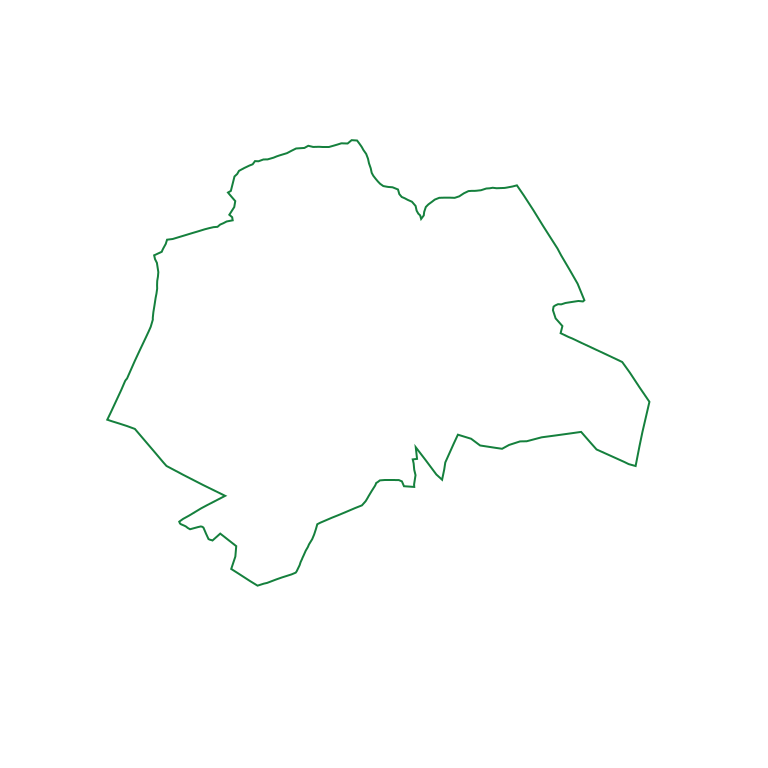 outline of Eldama Ravine, Rift Valley, Kenya, rotated 295°
{"feature_id": "3690345B15109287371985", "entity_name": "Eldama Ravine", "entity_type": "district", "adm_level": 2, "iso_a3": "KEN", "parent_name": "Kenya", "parent_adm1": "Rift Valley", "projection": "mercator", "projection_center": [35.716, -0.006], "detail": "fine", "context": "isolated", "style": "outline", "palette": "green", "viewbox_px": 768, "rotation_deg": 295, "n_neighbors": 0, "source": "geoboundaries", "source_scale": "gbopen_adm2", "svg_char_len": 3586}
<svg xmlns="http://www.w3.org/2000/svg" viewBox="0 0 768 768"><g transform="rotate(295 384 384)"><path d="M172.7,256.6L171.4,258.0L171.1,259.2L171.2,262.5L171.2,263.6L171.1,265.0L170.6,266.9L170.4,269.6L175.8,276.0L177.5,278.2L177.8,279.8L177.5,281.1L173.1,286.0L169.3,290.5L169.3,292.0L169.6,293.6L169.7,294.7L179.2,298.8L174.6,318.6L164.8,322.2L151.8,323.7L150.8,331.4L148.8,345.8L147.8,354.6L152.3,359.5L154.3,362.1L161.3,368.9L165.5,373.2L168.9,376.9L172.4,380.7L175.7,383.7L177.3,384.0L184.2,384.1L187.3,383.7L190.7,383.7L191.9,383.6L194.8,383.6L199.9,383.5L204.1,383.9L206.9,383.8L213.0,384.5L218.0,384.3L223.8,383.6L228.7,382.8L231.4,384.9L235.2,388.3L240.8,393.3L245.9,398.1L252.5,404.1L259.4,410.3L264.7,415.3L270.1,416.9L273.9,417.3L275.5,417.4L281.3,418.0L286.0,418.6L287.3,418.8L288.9,418.9L291.1,418.8L292.2,419.6L294.9,421.0L297.4,425.4L298.7,428.2L301.1,433.4L303.2,438.1L303.3,441.4L299.8,445.3L303.5,454.9L305.7,453.7L314.7,451.1L319.1,447.6L324.6,444.4L327.8,441.9L330.1,445.6L340.1,439.5L332.5,454.1L324.1,469.7L321.8,477.1L332.0,474.7L338.8,472.7L359.6,472.4L369.3,472.4L371.2,486.1L368.9,497.1L373.2,511.8L375.2,518.4L381.6,523.1L389.5,531.6L392.4,537.5L402.3,549.4L410.1,561.6L418.5,574.6L423.9,582.9L418.0,596.2L414.5,604.3L414.7,618.6L414.9,634.9L414.8,639.6L416.0,646.7L435.7,641.8L449.7,638.5L466.3,635.0L480.0,632.1L488.9,617.1L498.2,602.0L504.6,590.6L504.7,575.3L504.7,560.7L504.7,546.0L504.8,535.4L504.6,531.2L504.7,522.6L511.9,521.2L516.0,511.8L522.3,505.9L525.8,505.0L526.9,505.6L527.8,506.2L529.9,508.0L531.1,511.0L534.1,514.2L537.2,518.8L541.4,525.1L542.9,529.4L544.6,530.2L556.7,517.1L566.5,503.2L575.5,490.1L580.1,484.0L585.1,476.1L594.6,461.2L604.6,446.0L614.0,431.0L620.2,420.5L617.3,417.0L614.0,412.4L612.7,410.5L610.8,406.8L609.0,403.3L607.8,399.6L606.0,397.0L604.4,394.1L600.6,390.0L597.8,385.4L595.8,381.3L594.5,379.0L590.6,375.8L585.9,372.9L582.6,369.4L580.6,364.7L578.3,359.8L576.1,355.4L572.6,352.1L569.5,350.5L565.5,348.3L562.1,347.1L556.9,347.7L553.6,348.8L549.3,347.9L552.1,345.5L552.9,343.1L554.9,340.3L558.7,337.4L561.0,332.3L560.9,327.7L561.1,324.3L561.0,321.0L562.6,317.6L566.2,314.5L565.9,308.6L564.4,304.6L564.0,303.2L563.1,299.7L563.8,295.9L565.0,292.8L566.5,289.6L568.2,286.3L570.2,283.6L573.9,280.8L577.7,277.1L581.4,274.3L585.0,270.6L587.4,266.4L589.1,264.1L589.7,263.2L590.9,261.1L591.8,259.5L593.3,256.7L591.3,251.6L586.6,249.4L584.1,243.6L581.5,240.8L578.6,237.5L575.5,233.9L573.1,228.8L571.5,224.8L568.9,219.6L567.9,214.7L564.3,212.1L562.5,208.8L560.3,204.8L556.3,201.6L552.2,198.5L549.7,195.7L547.1,192.8L544.9,190.5L542.5,188.3L538.3,183.5L536.6,179.9L532.8,176.1L531.5,172.9L527.6,172.1L525.1,169.7L520.6,166.0L515.9,162.5L512.3,162.2L508.9,160.8L494.3,163.6L491.6,161.7L490.7,163.5L486.9,171.9L481.1,173.5L472.0,172.3L471.0,175.9L468.4,177.7L464.8,172.7L461.9,170.5L459.2,168.1L456.1,166.7L454.1,163.2L451.3,159.6L448.4,156.1L443.6,150.8L439.9,146.6L435.5,141.7L430.4,136.0L426.1,131.2L423.1,126.4L418.7,127.0L414.5,126.7L412.1,126.6L409.9,126.7L403.5,121.3L400.4,123.7L397.8,127.0L394.8,129.0L390.0,132.2L385.6,133.8L381.6,134.9L377.8,136.5L374.6,138.1L369.7,139.6L365.6,140.6L358.1,142.8L351.7,144.6L346.2,146.5L344.6,147.3L337.2,148.4L332.2,148.5L325.7,148.5L311.1,148.4L299.5,148.4L280.3,148.8L278.7,148.3L277.3,148.1L267.4,148.4L257.1,148.4L243.2,148.4L234.7,148.3L235.2,152.8L236.3,160.9L237.3,169.0L238.0,177.2L231.1,192.3L224.8,206.1L219.7,217.1L217.8,221.5L216.8,240.9L216.0,262.7L215.5,287.3L199.6,275.0L194.0,270.8L182.4,263.0L176.8,258.9L172.7,256.6Z" fill="none" stroke="#15803d" stroke-width="2"/></g></svg>